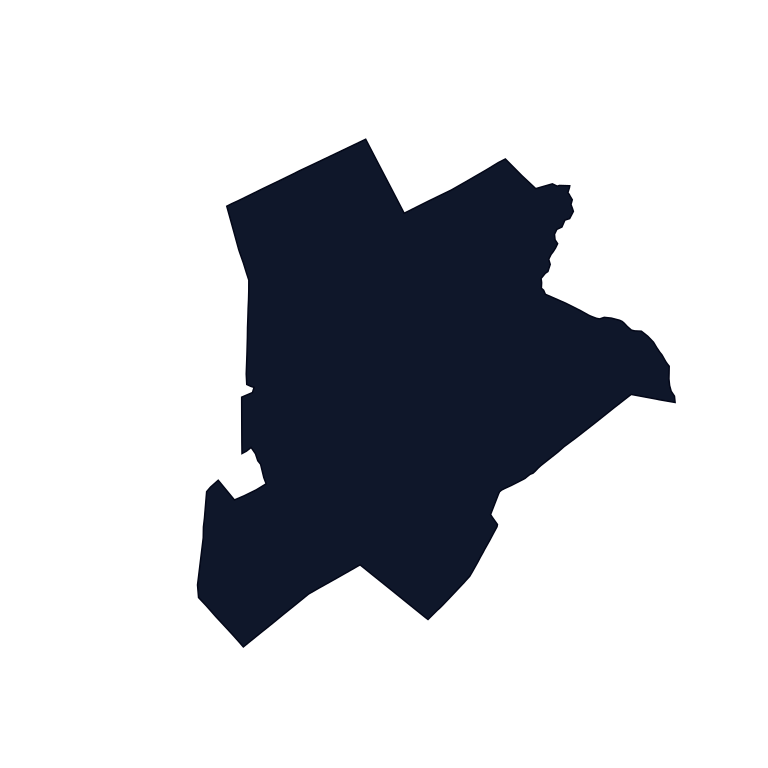 Bahati, Rift Valley, Kenya (orthographic projection), rotated 63°
{"feature_id": "3690345B12998672958499", "entity_name": "Bahati", "entity_type": "district", "adm_level": 2, "iso_a3": "KEN", "parent_name": "Kenya", "parent_adm1": "Rift Valley", "projection": "orthographic", "projection_center": [36.164, -0.224], "detail": "fine", "context": "isolated", "style": "filled", "palette": "ink", "viewbox_px": 768, "rotation_deg": 63, "n_neighbors": 0, "source": "geoboundaries", "source_scale": "gbopen_adm2", "svg_char_len": 2534}
<svg xmlns="http://www.w3.org/2000/svg" viewBox="0 0 768 768"><g transform="rotate(63 384 384)"><path d="M532.6,133.0L526.7,130.7L520.8,131.4L515.0,130.2L508.8,127.8L504.0,125.2L497.6,121.8L494.8,122.4L491.8,122.8L484.3,123.1L481.0,123.8L475.3,124.5L469.1,124.9L461.2,127.3L453.8,130.7L450.5,136.5L448.3,139.1L443.0,141.2L438.8,142.4L436.4,143.4L434.2,145.1L428.5,151.5L424.6,157.5L423.9,162.3L421.9,164.9L418.6,167.9L416.5,169.7L415.0,170.8L408.1,175.4L394.5,185.4L377.3,199.5L372.9,199.2L370.1,200.3L365.4,197.6L363.6,196.9L361.3,196.2L358.6,190.0L358.2,186.9L352.9,181.6L347.6,180.6L344.4,176.3L343.0,173.3L340.7,169.4L337.8,165.6L333.1,166.1L328.0,164.1L324.7,159.8L324.9,154.2L320.1,148.4L320.9,143.5L316.2,136.9L313.1,136.4L308.9,135.9L307.2,134.3L305.3,132.6L301.0,132.9L299.1,132.9L297.0,133.3L293.2,129.6L291.7,128.5L286.7,137.6L286.4,139.8L282.1,143.1L278.8,160.1L261.1,166.5L238.6,173.7L238.6,181.6L239.7,196.2L241.0,221.1L241.7,235.9L241.2,261.0L241.0,288.5L214.0,288.7L184.6,289.0L157.6,289.2L156.1,347.5L155.6,362.8L155.6,370.5L155.2,391.1L154.9,403.0L154.7,418.3L154.5,431.0L154.2,437.9L154.2,443.4L162.6,445.1L181.2,448.9L198.1,452.4L200.7,452.8L212.6,454.4L222.4,456.1L230.1,457.3L239.6,462.2L247.7,466.6L254.9,470.7L262.8,475.0L271.6,479.9L280.9,484.8L295.8,492.9L312.5,502.2L322.1,506.5L325.8,503.6L328.0,501.3L331.9,505.1L331.1,516.8L351.9,527.3L370.6,536.7L381.5,542.1L381.4,537.1L380.2,531.2L387.8,530.2L395.1,531.3L399.5,530.4L412.9,533.6L419.4,534.3L420.3,545.8L420.1,559.4L419.4,569.9L394.5,575.4L397.1,585.4L399.4,590.9L422.2,605.0L429.4,609.8L439.0,614.9L452.4,623.9L471.3,636.6L478.4,641.4L490.1,646.2L500.7,643.1L508.1,641.2L514.8,639.5L526.7,636.1L537.7,633.0L547.5,630.4L554.4,628.7L552.8,621.3L549.6,606.2L546.6,591.7L543.5,577.6L540.4,562.7L536.9,546.5L536.3,534.5L535.8,521.0L535.5,513.6L534.6,494.0L534.4,490.5L534.3,487.4L548.2,481.2L568.4,472.1L587.9,463.4L608.2,454.3L611.1,453.0L613.8,451.7L609.7,439.0L609.2,436.8L607.8,432.4L603.0,418.8L600.6,412.1L597.2,402.6L596.5,400.9L594.3,395.0L592.7,392.5L591.1,390.0L585.3,381.3L583.6,378.9L582.1,376.8L578.7,371.7L577.3,369.8L575.4,366.9L571.4,360.9L566.7,354.2L562.5,348.1L560.7,346.7L551.8,348.0L548.7,348.3L534.1,332.0L532.5,330.0L531.9,327.4L531.9,323.7L532.2,316.6L532.2,302.8L532.1,301.0L531.6,298.9L530.8,294.9L531.1,291.7L530.3,288.8L528.9,284.9L528.4,283.1L527.9,281.3L523.6,259.8L521.6,252.1L519.0,236.8L514.5,213.6L509.8,190.7L505.5,168.5L521.4,147.8L522.9,146.0L532.6,133.0Z" fill="#0f172a" stroke="#020617" stroke-width="1.5"/></g></svg>